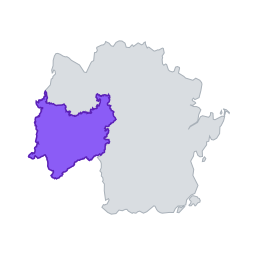 Bayern on a map of Germany (Natural Earth projection), rotated 103°
{"feature_id": "DEU-1591", "entity_name": "Bayern", "entity_type": "State", "adm_level": 1, "iso_a3": "DEU", "parent_name": "Germany", "parent_adm1": "", "projection": "natural_earth1", "projection_center": [10.676, 48.917], "detail": "fine", "context": "in_parent", "style": "filled", "palette": "violet", "viewbox_px": 256, "rotation_deg": 103, "n_neighbors": 0, "source": "natural_earth", "source_scale": "10m", "svg_char_len": 9557}
<svg xmlns="http://www.w3.org/2000/svg" viewBox="0 0 256 256"><g transform="rotate(103 128 128)"><path d="M110.1,217.0L103.5,213.4L97.6,213.8L96.6,212.6L94.6,212.7L91.6,210.8L88.9,211.9L88.2,213.0L88.4,213.6L91.1,213.7L91.5,214.2L88.7,215.4L84.2,215.0L78.9,216.1L74.4,215.9L71.8,215.0L71.1,213.3L71.4,210.8L72.5,207.6L72.8,205.1L72.3,203.6L73.0,201.3L74.8,198.3L77.5,189.4L83.4,183.2L83.3,181.1L73.2,178.9L71.6,178.3L70.1,176.6L62.1,177.6L61.4,176.0L59.3,175.3L57.1,176.6L56.3,176.4L53.2,172.5L52.5,170.7L51.0,169.5L48.8,169.2L49.6,165.6L51.7,162.9L51.8,160.7L47.3,158.9L45.1,156.3L44.6,153.4L46.0,150.0L49.7,147.9L49.3,144.6L46.2,142.9L46.0,142.3L47.3,141.0L42.8,137.3L43.9,133.5L43.1,132.4L41.0,131.5L40.3,130.4L41.9,130.1L45.6,127.5L45.7,127.1L44.7,126.7L44.6,125.6L47.1,120.1L47.0,119.2L45.1,116.5L45.1,115.5L42.4,112.5L42.5,111.5L46.7,109.6L50.2,110.9L51.6,110.1L53.4,110.2L57.7,108.8L58.8,107.2L57.2,105.8L57.4,104.7L62.3,101.7L63.1,100.2L63.4,97.4L62.8,96.5L62.2,95.8L58.0,95.4L57.0,93.7L57.4,91.6L58.1,91.2L63.1,91.2L65.2,85.1L66.4,83.1L66.9,75.5L64.2,73.2L65.3,68.8L67.2,66.5L68.7,65.8L75.2,65.4L82.4,65.6L85.3,69.2L84.2,71.0L85.9,71.8L86.8,71.5L87.9,68.2L88.5,67.6L91.4,69.9L91.5,72.8L92.3,68.8L91.7,66.1L92.2,63.4L93.9,61.1L99.2,62.1L105.0,61.6L107.1,62.6L112.1,67.8L115.8,68.9L112.9,67.8L107.0,61.5L100.7,59.9L99.3,58.1L99.4,51.8L97.1,50.6L94.5,51.0L94.2,49.6L94.6,48.5L100.3,46.9L100.4,45.1L95.3,39.1L95.1,36.4L99.5,36.5L104.8,37.8L106.1,38.7L112.8,37.5L118.0,39.3L120.4,41.9L120.5,44.1L117.5,46.7L122.7,46.3L123.9,48.3L126.7,47.6L133.7,50.5L139.0,49.0L139.9,51.4L138.9,53.8L135.2,56.3L136.0,57.9L137.2,58.2L140.7,57.9L146.2,59.5L153.7,54.6L159.6,54.1L168.2,46.9L176.8,48.2L179.0,51.3L184.7,54.7L189.9,54.4L191.8,57.7L192.7,61.7L195.7,63.7L200.1,64.7L201.0,68.8L203.3,75.5L203.2,77.5L202.5,79.8L201.1,81.7L198.2,84.0L198.0,85.3L205.4,90.9L207.5,93.8L206.4,97.9L207.5,99.9L208.8,100.6L209.3,101.6L209.3,104.0L210.2,104.7L208.9,109.0L207.5,110.8L207.9,112.3L209.9,114.9L210.0,118.3L214.1,120.5L215.7,124.9L214.8,128.8L211.1,135.6L208.2,134.7L208.3,133.2L207.8,133.1L206.8,131.3L202.5,130.2L201.2,131.1L203.5,133.6L194.5,137.0L187.9,138.4L185.7,140.9L184.5,140.4L181.9,141.5L180.8,143.2L177.6,143.6L176.2,145.7L172.8,145.1L168.7,146.0L166.8,147.1L163.5,151.2L160.7,148.1L160.0,148.1L159.9,149.1L161.5,151.4L162.2,153.3L167.0,156.8L168.1,158.3L165.7,162.1L170.5,169.0L174.0,172.3L176.0,172.2L180.4,176.5L183.3,178.0L185.5,181.0L188.3,181.4L192.7,185.0L193.6,186.2L193.1,190.6L191.0,192.2L187.3,190.8L185.2,196.2L175.9,200.2L173.3,202.6L173.3,203.3L177.1,207.9L177.1,210.0L176.0,212.1L178.7,212.7L179.1,213.8L178.4,218.2L174.4,216.6L173.6,214.2L171.9,213.4L168.0,214.2L162.6,212.2L162.1,214.7L153.0,215.6L146.7,218.0L144.8,219.5L139.8,220.3L138.6,220.2L136.5,217.1L128.0,216.4L126.6,221.0L125.5,222.3L123.0,223.2L123.3,221.1L120.7,220.3L120.6,218.9L118.9,217.5L114.5,215.8L112.6,217.0L110.1,217.0ZM189.5,48.9L190.0,50.5L189.5,51.3L187.4,50.0L185.3,50.0L184.0,52.1L183.1,52.2L179.8,50.3L179.3,49.3L179.5,45.0L180.5,44.1L180.6,42.7L182.4,41.3L184.0,41.3L185.4,43.3L188.5,44.6L188.8,45.2L187.1,46.9L187.5,47.9L189.5,48.9ZM199.1,59.3L199.2,61.2L193.8,61.0L193.3,59.6L193.7,58.2L191.9,56.7L191.9,55.1L199.1,59.3ZM89.1,37.7L87.9,39.6L88.1,36.3L90.2,32.6L91.1,32.7L89.9,34.4L89.7,36.5L94.4,36.7L93.8,37.3L89.1,37.7ZM144.0,48.0L141.1,48.1L138.9,46.9L140.3,45.3L143.1,46.0L144.0,48.0ZM93.6,41.0L92.8,41.5L90.0,40.9L92.1,39.8L93.3,40.1L93.6,41.0Z" fill="#d9dde1" stroke="#a8b0b8" stroke-width="1"/><path d="M160.1,148.0L159.6,148.0L160.2,148.6L160.3,148.9L160.2,149.2L159.7,149.7L161.5,151.2L161.7,151.9L161.6,152.8L161.8,153.2L162.6,153.7L162.9,154.6L166.2,156.1L166.9,156.2L167.2,156.4L167.1,157.4L168.3,158.1L168.1,158.9L167.5,160.0L167.1,159.9L166.9,161.1L165.8,161.7L165.6,162.1L166.3,163.1L167.8,163.9L168.0,164.1L167.8,164.7L168.0,164.8L167.9,165.1L168.8,165.7L169.1,166.8L169.5,167.5L170.3,167.8L170.4,169.0L170.7,169.8L172.4,170.7L173.0,171.9L173.3,172.2L174.9,172.4L175.2,172.4L175.1,172.1L175.4,172.0L176.5,172.3L177.6,173.1L177.9,173.8L178.7,174.5L180.6,176.6L181.1,177.5L181.7,177.8L182.9,177.8L183.5,178.1L184.9,179.5L185.1,179.9L185.2,180.6L185.4,181.0L186.6,181.8L187.1,182.0L187.5,181.3L187.7,181.1L189.2,181.8L189.5,181.7L189.6,182.2L190.1,183.0L190.8,183.5L191.8,183.7L193.2,185.9L193.6,186.2L193.0,187.5L193.7,188.0L193.4,188.2L193.4,188.5L193.4,190.0L192.9,191.1L192.1,191.3L191.8,192.3L190.9,191.9L190.6,191.5L190.0,191.2L187.9,190.7L186.7,191.0L186.4,191.3L186.8,192.4L186.4,193.3L186.3,194.5L185.8,195.9L183.2,197.6L180.6,198.0L178.5,198.7L176.6,200.0L175.2,200.3L174.5,201.2L172.9,202.4L172.9,203.1L173.3,203.6L174.7,204.8L175.3,206.1L176.6,207.1L177.3,208.4L177.8,209.0L176.6,210.7L176.4,211.4L175.9,212.1L176.3,212.4L177.3,212.5L178.4,212.4L179.3,213.3L179.5,214.0L179.5,214.6L179.2,215.2L178.8,215.6L178.9,216.1L178.6,216.6L178.8,217.8L178.1,218.5L177.5,218.3L177.0,218.4L175.8,217.7L174.7,216.7L173.8,216.3L173.6,215.7L173.9,215.1L174.4,214.9L173.2,213.9L173.4,213.5L171.3,213.3L170.2,213.6L169.0,214.4L168.2,214.4L167.2,213.8L166.8,212.9L165.4,213.1L164.2,212.9L163.2,213.2L162.9,212.8L163.2,211.9L162.0,212.5L162.5,213.4L162.6,214.0L162.5,214.4L161.9,215.0L157.3,214.9L155.6,215.2L155.0,215.8L151.1,215.4L150.5,215.9L150.1,217.0L149.8,217.3L148.4,217.6L147.0,217.5L146.1,218.4L146.6,218.6L146.7,218.8L146.5,219.0L145.0,219.3L144.0,220.1L143.6,220.3L143.1,220.2L143.2,219.6L142.8,219.4L140.6,220.4L138.6,220.4L138.1,219.9L138.3,219.6L138.2,219.3L137.2,218.4L136.2,218.0L136.1,217.8L136.9,217.3L136.2,216.9L134.3,217.3L133.9,216.9L130.8,216.1L129.9,216.9L128.9,216.8L128.3,216.5L128.4,215.9L128.4,215.7L127.8,215.7L127.5,215.8L127.8,216.6L127.6,217.8L128.2,218.3L128.3,219.2L127.8,220.2L127.5,220.6L126.7,221.0L126.1,221.9L125.4,222.6L124.1,223.2L122.5,223.4L122.7,222.9L123.1,222.7L123.5,220.8L123.1,220.7L122.3,220.8L122.0,221.1L121.6,221.0L121.0,221.2L120.4,220.0L120.9,219.7L121.0,219.5L120.8,219.2L119.9,218.0L119.3,218.2L119.1,218.1L118.9,217.5L118.4,217.0L118.4,216.6L117.8,216.9L116.7,216.6L116.2,216.8L115.8,216.6L115.7,215.8L115.2,215.5L114.6,215.6L113.6,216.9L113.1,217.1L111.8,217.1L110.7,216.8L111.9,215.4L112.7,215.3L113.2,214.9L113.8,215.0L116.8,213.3L118.5,213.7L120.5,213.2L120.9,213.9L121.1,213.7L121.2,213.2L121.9,213.2L122.0,212.9L121.7,211.1L121.0,210.4L121.1,210.2L121.6,210.1L122.0,209.8L121.5,208.7L121.1,208.5L121.5,207.8L121.6,206.9L121.1,206.1L121.4,205.7L122.0,204.3L122.2,202.9L121.6,201.5L120.5,197.6L119.5,196.1L119.3,196.0L119.1,195.7L120.3,194.4L120.3,194.0L120.7,193.5L122.0,193.1L122.5,193.6L124.4,192.7L124.7,192.1L125.7,192.0L125.5,191.8L125.8,190.8L125.5,190.2L126.0,189.9L126.0,189.7L125.1,189.2L124.7,188.6L124.8,188.3L125.2,187.8L125.7,188.1L126.3,188.1L126.7,188.7L127.9,187.7L128.1,187.9L127.9,188.4L128.0,188.6L129.1,187.9L128.7,187.0L128.1,186.8L127.9,186.5L128.0,185.4L128.4,184.6L128.2,184.1L128.4,182.9L128.1,182.7L128.6,182.5L128.6,182.4L128.0,181.4L126.8,180.3L126.5,179.6L124.8,179.2L124.9,178.8L124.6,178.5L124.6,178.2L124.0,177.9L124.5,177.7L124.7,177.3L124.6,176.8L124.2,176.4L123.8,176.6L122.4,175.4L122.7,175.2L122.4,174.7L122.3,174.2L122.0,173.8L122.6,173.8L122.4,173.0L122.5,172.6L121.9,172.1L121.9,171.3L122.3,170.9L122.9,171.0L122.3,169.7L121.7,169.5L122.1,168.7L121.9,168.2L122.0,167.8L121.5,167.6L121.6,167.2L121.2,167.0L120.7,167.4L120.8,167.8L120.1,168.5L118.3,168.5L118.2,166.8L117.9,166.5L118.0,166.3L117.9,166.1L117.1,166.5L116.9,166.9L116.5,166.9L116.9,166.4L116.9,165.9L117.3,165.3L116.4,164.4L116.3,163.4L115.6,162.6L115.0,162.8L114.3,163.4L113.9,162.6L113.4,162.9L113.3,163.3L112.9,163.4L112.4,163.1L112.8,162.4L112.8,161.5L112.9,161.3L112.8,161.1L111.9,161.4L111.4,161.1L110.8,161.2L109.4,160.8L108.0,161.1L106.8,161.1L106.3,161.5L106.5,161.9L106.3,162.3L107.3,162.6L107.4,163.2L107.7,163.1L107.9,162.7L108.5,162.8L108.3,164.0L108.4,164.3L108.1,164.6L107.5,164.3L105.9,164.8L105.8,165.3L105.2,166.1L102.4,166.2L101.6,165.3L102.4,164.6L102.2,163.4L102.9,163.2L102.8,162.7L103.1,162.0L102.6,161.8L102.6,161.6L103.0,161.0L102.8,160.8L102.2,160.6L102.0,160.3L102.0,159.6L101.6,159.9L100.8,158.0L100.9,156.1L101.3,156.2L100.8,154.6L99.9,154.4L100.4,154.1L100.6,153.3L102.5,152.6L103.3,153.0L103.2,153.3L104.0,152.8L104.1,152.4L104.9,152.2L106.7,152.3L107.6,152.7L108.2,153.4L108.9,153.5L110.1,153.1L110.3,152.9L110.2,152.2L110.5,151.6L110.0,151.3L110.2,150.6L110.1,149.9L110.8,149.9L111.1,150.2L111.9,150.2L113.1,149.9L113.0,149.5L113.3,148.9L114.8,148.2L114.7,147.2L115.4,145.5L115.8,145.4L116.3,145.8L116.9,145.9L119.3,144.9L119.9,144.4L120.7,143.0L122.1,141.9L122.1,142.2L123.4,142.2L123.8,142.5L124.1,143.1L125.9,143.7L126.2,144.4L127.3,145.3L127.2,145.7L127.3,145.9L128.3,145.9L129.2,147.0L130.3,146.9L130.5,147.3L131.0,147.7L131.2,148.5L131.1,149.0L131.3,149.5L131.3,150.0L131.5,150.2L132.8,150.3L133.5,150.6L133.8,149.6L135.0,149.6L135.6,149.8L135.9,149.6L135.8,149.1L135.3,148.9L135.0,148.5L134.4,148.5L133.4,147.8L133.5,146.9L134.2,146.9L134.8,146.2L135.2,146.3L136.5,146.0L136.9,146.3L137.8,146.2L138.6,147.1L138.8,146.8L139.3,146.8L139.8,147.2L141.0,146.7L141.9,147.6L141.5,148.1L141.6,148.3L142.6,149.0L142.9,148.7L143.8,148.9L144.0,148.2L143.9,147.8L144.0,147.0L144.3,146.9L143.9,145.8L143.9,145.2L143.6,144.1L144.9,143.6L145.1,143.2L145.5,142.9L147.1,143.1L147.3,143.5L147.0,143.8L147.0,144.8L147.6,145.2L148.0,145.2L148.2,145.9L149.0,146.4L149.6,146.3L149.8,146.0L150.8,146.2L154.0,145.5L154.7,145.8L154.8,146.1L156.8,145.5L157.7,146.2L157.9,147.1L159.0,147.6L159.9,147.8L160.1,148.0Z" fill="#8b5cf6" stroke="#5b21b6" stroke-width="1.5"/></g></svg>